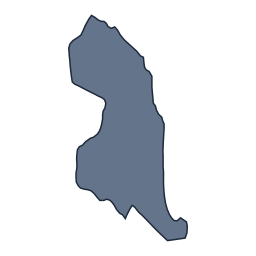 Natal, Rio Grande do Norte, Brazil (Equal Earth projection)
{"feature_id": "56859067B10091866773684", "entity_name": "Natal", "entity_type": "district", "adm_level": 2, "iso_a3": "BRA", "parent_name": "Brazil", "parent_adm1": "Rio Grande do Norte", "projection": "equal_earth", "projection_center": [-35.228, -5.802], "detail": "fine", "context": "isolated", "style": "filled", "palette": "slate", "viewbox_px": 256, "rotation_deg": 0, "n_neighbors": 0, "source": "geoboundaries", "source_scale": "gbopen_adm2", "svg_char_len": 1680}
<svg xmlns="http://www.w3.org/2000/svg" viewBox="0 0 256 256"><path d="M185.1,238.1L186.9,233.0L187.3,226.1L186.4,221.8L184.0,220.2L180.5,217.8L177.1,220.8L174.0,220.5L171.7,218.1L169.4,214.5L167.2,209.3L165.6,203.5L164.6,197.7L164.0,192.2L163.6,186.5L163.5,181.4L163.5,176.9L163.5,171.2L163.1,167.1L163.1,163.7L163.1,159.9L163.1,156.3L162.9,150.8L163.1,147.4L163.2,143.4L163.5,138.1L163.8,132.7L164.1,127.6L164.0,123.6L162.6,120.6L161.8,117.3L158.6,114.2L156.5,110.2L155.4,105.9L153.3,103.2L153.0,99.0L152.6,95.0L152.2,90.7L151.9,86.8L151.9,81.6L151.9,76.3L149.1,71.5L146.2,69.9L144.6,67.3L144.0,63.5L143.4,57.3L140.5,55.9L136.7,51.2L124.7,40.3L122.5,37.8L119.9,34.4L117.6,30.2L114.7,26.9L111.2,28.4L107.9,26.4L106.3,23.3L104.0,21.4L101.0,21.3L98.1,19.9L95.1,17.5L91.5,15.4L88.8,19.2L85.3,25.5L83.0,30.9L80.9,35.1L78.0,37.3L73.0,40.5L70.1,43.8L68.7,48.1L69.1,52.5L69.3,55.9L69.8,60.4L70.2,65.7L70.7,70.6L71.3,75.5L72.3,82.0L74.9,84.2L78.4,85.8L83.9,88.7L88.3,91.0L94.7,94.1L98.4,96.1L102.2,97.8L104.7,99.9L105.8,103.5L105.0,107.7L103.1,111.3L102.6,115.1L102.6,118.7L101.9,123.2L100.7,127.8L99.4,131.1L97.4,134.1L93.5,137.2L90.3,138.3L85.6,141.7L82.4,145.3L79.2,146.8L77.4,149.9L76.8,155.5L76.6,159.2L76.9,163.1L76.9,167.8L76.1,172.5L76.0,177.2L76.3,182.1L78.1,185.5L80.3,187.9L83.9,189.1L87.6,189.7L91.1,190.8L94.1,193.5L96.4,196.4L99.8,200.4L103.8,200.4L106.6,199.2L109.6,200.1L111.6,201.8L113.9,204.7L116.6,209.6L119.8,213.3L122.5,214.7L125.3,218.6L126.8,215.0L129.6,209.5L132.1,205.4L134.9,207.3L136.9,210.0L139.2,212.7L142.0,215.1L145.4,218.6L149.2,222.5L153.0,226.5L156.5,230.1L164.9,238.2L167.5,240.6L185.1,238.1Z" fill="#64748b" stroke="#1e293b" stroke-width="1.5"/></svg>